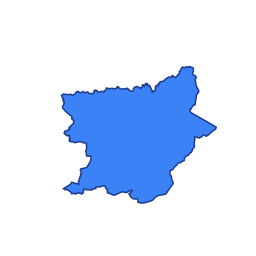 the district of Kasungu, Kasungu, Malawi, rotated 214°
{"feature_id": "42251766B4237185447418", "entity_name": "Kasungu", "entity_type": "district", "adm_level": 2, "iso_a3": "MWI", "parent_name": "Malawi", "parent_adm1": "Kasungu", "projection": "orthographic", "projection_center": [33.451, -12.996], "detail": "fine", "context": "isolated", "style": "filled", "palette": "blue", "viewbox_px": 256, "rotation_deg": 214, "n_neighbors": 0, "source": "geoboundaries", "source_scale": "gbopen_adm2", "svg_char_len": 5846}
<svg xmlns="http://www.w3.org/2000/svg" viewBox="0 0 256 256"><g transform="rotate(214 128 128)"><path d="M160.2,155.7L159.8,154.7L160.4,153.2L161.9,152.8L162.7,152.0L163.6,152.0L164.3,151.0L165.1,150.6L165.8,149.7L166.1,149.6L166.9,149.8L168.3,148.9L167.8,147.0L168.0,146.2L168.4,145.7L168.1,144.9L168.7,144.2L169.2,143.9L170.3,143.9L170.6,143.2L172.1,141.5L173.5,141.2L174.3,141.6L174.8,141.6L174.9,141.1L175.1,140.9L175.4,140.8L175.6,141.1L176.1,141.2L177.0,140.3L177.0,139.9L176.2,139.0L176.4,138.0L176.2,137.3L176.3,136.5L178.2,135.7L179.4,135.0L180.6,135.1L181.3,135.4L181.5,135.4L182.1,134.7L182.5,134.5L182.7,134.0L183.5,133.3L185.6,133.1L186.4,131.2L186.8,131.1L188.0,130.4L188.7,130.3L189.5,130.7L190.0,129.9L190.8,129.5L191.3,126.0L192.1,124.3L193.2,123.8L193.6,123.8L194.0,124.0L194.4,123.7L195.0,123.6L195.4,123.2L195.8,122.3L196.6,121.8L198.4,121.3L199.1,120.7L200.6,120.1L201.3,117.7L199.8,116.7L198.3,116.3L198.0,115.2L197.4,114.7L196.5,114.6L196.0,113.5L195.4,113.3L195.0,113.5L194.9,113.4L194.4,111.2L194.3,109.2L193.9,108.6L193.5,108.1L189.1,106.9L184.4,106.4L182.7,106.1L182.2,106.3L180.7,106.0L180.4,105.7L180.1,104.5L179.7,104.1L178.9,103.9L177.8,104.2L177.1,104.0L177.1,103.4L176.6,102.6L176.2,102.5L175.6,101.5L175.9,101.3L175.9,100.3L176.4,99.1L176.3,97.6L176.6,97.4L176.6,96.8L177.2,96.5L177.2,96.2L176.7,95.6L176.9,95.1L176.5,94.6L176.1,94.4L175.9,94.5L175.6,94.0L175.8,93.8L176.4,93.5L176.7,92.8L176.7,92.4L177.2,91.6L177.9,90.4L178.6,90.1L177.9,89.0L178.2,88.2L177.6,87.8L175.9,87.9L175.7,87.5L174.5,87.5L173.3,87.9L172.9,88.9L172.2,88.9L171.2,87.6L170.9,86.8L170.1,86.7L169.7,86.4L170.1,85.4L169.7,85.1L169.2,85.1L169.4,84.4L169.3,84.2L169.0,84.2L167.4,85.0L166.7,85.0L166.0,85.8L164.5,85.9L163.9,86.2L163.2,86.7L161.1,89.2L159.1,90.2L158.5,90.7L157.2,90.9L156.6,90.7L156.1,91.0L154.9,92.0L154.2,91.9L153.9,91.8L150.9,88.1L150.2,85.5L146.7,81.7L144.9,82.6L143.1,83.8L142.3,83.6L140.6,79.4L140.1,72.4L140.8,71.3L141.9,70.3L142.7,69.2L144.2,68.0L144.2,66.9L143.8,66.3L143.1,66.1L142.0,65.1L141.6,64.5L141.6,63.3L140.7,62.9L140.6,61.1L140.4,60.5L140.2,59.4L139.7,58.4L139.7,57.9L139.2,56.5L139.2,55.7L137.8,54.4L137.5,53.7L138.0,53.8L139.3,53.1L144.4,51.6L144.3,48.9L147.6,41.6L145.6,41.7L145.1,41.9L144.3,43.0L139.6,42.8L138.1,42.3L137.9,42.0L136.1,43.6L134.7,43.8L134.2,44.8L133.6,45.3L133.6,45.9L133.3,46.5L133.0,46.4L132.6,46.6L131.8,46.6L130.7,47.5L130.1,47.2L129.6,47.3L129.3,48.0L129.0,48.3L128.8,49.2L129.7,50.9L129.7,51.5L130.5,52.3L130.2,52.9L128.7,53.7L127.8,53.5L127.1,54.2L126.6,54.3L124.9,55.6L123.7,55.9L123.4,56.3L123.4,57.1L122.8,57.6L122.1,58.8L120.8,59.7L121.5,60.5L121.6,61.1L121.4,61.5L120.6,62.1L119.9,62.2L119.0,63.0L118.0,63.9L116.7,65.7L115.1,66.8L114.9,67.1L114.2,67.1L113.7,66.4L112.8,65.5L110.6,65.4L110.3,64.9L110.1,64.0L109.4,63.6L109.0,62.9L108.6,62.8L108.2,62.8L107.5,63.3L107.0,63.4L103.3,63.9L101.9,64.6L101.0,65.6L98.0,70.8L96.1,72.5L93.9,73.1L93.1,73.7L92.5,74.6L91.2,77.5L90.0,78.5L89.6,78.2L89.4,77.5L90.3,73.8L89.3,73.5L88.1,72.8L85.9,72.2L84.2,72.3L83.4,72.5L82.3,73.2L81.1,74.2L80.6,74.5L79.7,74.1L78.4,72.1L78.0,72.0L74.5,73.5L72.1,75.5L70.8,77.3L69.2,79.0L67.4,81.7L67.2,82.3L66.6,85.7L66.0,87.6L63.9,90.3L62.4,91.6L60.2,93.8L59.7,95.1L59.7,103.5L59.4,105.9L59.5,107.0L59.8,107.6L60.7,108.4L63.8,110.5L64.7,112.0L65.4,112.4L66.9,112.8L67.6,113.3L67.9,113.6L69.0,116.2L68.9,117.1L67.8,118.1L67.7,118.4L67.6,121.4L66.8,124.6L67.0,126.0L66.9,127.0L66.3,127.7L65.0,128.5L64.5,130.7L64.0,131.4L63.5,131.7L63.2,132.1L63.4,133.1L64.4,134.7L64.5,135.4L64.0,137.1L62.8,139.1L62.8,141.7L61.9,143.3L62.0,144.5L62.4,145.6L62.6,146.7L62.6,147.9L62.3,149.0L62.4,149.8L64.7,152.5L66.3,156.1L66.9,156.8L67.5,157.2L67.7,157.7L67.5,158.2L67.2,158.5L64.3,159.1L63.1,159.9L62.0,162.2L61.7,164.1L61.4,164.6L61.0,164.7L59.1,164.7L58.8,164.9L58.2,165.5L57.6,167.0L56.2,172.5L54.7,176.1L55.4,178.1L84.2,176.0L85.9,176.5L86.5,177.3L86.8,177.4L87.0,178.0L86.9,178.4L86.2,179.3L86.7,181.6L86.6,182.5L86.6,183.5L86.3,184.0L85.7,184.1L85.5,184.7L86.1,186.3L86.6,187.0L87.6,189.6L88.3,190.7L88.5,191.6L89.2,192.5L89.6,193.2L89.8,195.1L89.5,197.6L91.1,199.1L93.0,199.9L95.1,201.3L97.9,204.0L98.7,205.1L99.5,205.5L99.8,206.3L99.5,207.8L100.0,208.4L101.6,208.9L104.1,208.7L104.9,209.2L105.2,209.8L105.4,211.2L105.8,212.1L106.4,213.0L108.0,214.4L108.7,214.0L110.1,213.6L110.9,213.6L110.8,212.9L112.0,212.7L112.3,211.7L113.7,211.5L114.0,211.3L114.5,210.0L115.1,209.4L116.2,209.3L117.0,208.9L117.1,207.3L116.9,204.8L116.7,204.0L116.9,203.0L116.0,202.2L115.9,201.9L116.1,200.9L116.6,199.6L116.2,198.9L116.2,198.4L116.6,198.0L116.9,196.8L117.7,196.1L118.7,196.2L119.2,195.9L120.3,196.6L120.5,196.4L120.7,196.0L120.6,194.9L120.9,193.7L121.6,193.7L122.7,193.0L123.4,191.9L123.4,191.0L124.2,189.8L124.1,188.4L124.9,187.7L124.9,186.0L125.7,185.8L126.0,185.6L127.0,184.4L127.0,183.9L127.3,183.6L127.4,183.1L126.7,182.4L126.7,182.2L126.8,181.9L127.6,181.5L127.7,181.2L126.8,179.9L128.3,179.0L128.5,178.5L128.3,178.1L127.8,177.9L128.1,177.0L127.9,176.4L126.6,175.3L126.5,175.0L126.5,174.2L126.8,173.7L127.6,172.9L127.5,171.3L127.9,171.2L128.4,171.3L128.5,171.8L129.2,172.7L129.6,172.6L130.6,173.1L131.3,174.0L132.1,174.0L132.9,174.8L133.6,175.1L134.6,175.2L135.1,174.2L135.5,173.8L136.1,174.3L136.3,175.4L136.8,175.7L137.4,175.0L138.1,174.9L138.3,174.7L137.9,171.5L139.3,172.3L139.8,172.3L140.0,172.0L140.1,171.6L139.7,171.0L139.2,169.6L139.3,168.5L139.5,167.8L139.9,167.7L140.5,168.2L140.6,167.9L143.8,167.5L144.0,167.1L144.3,166.1L145.3,165.8L145.5,163.6L144.7,162.3L144.5,161.5L144.7,161.1L145.2,161.0L145.9,160.5L147.2,160.0L147.7,160.0L148.1,160.3L149.1,160.1L149.6,160.5L150.3,160.3L151.1,160.5L151.2,160.3L151.4,159.3L152.8,158.7L153.5,158.2L154.2,157.1L155.1,156.6L156.0,156.6L156.6,156.3L157.8,156.1L158.3,156.6L158.9,156.7L159.9,156.4L160.2,155.7Z" fill="#3b82f6" stroke="#1e3a8a" stroke-width="1.5"/></g></svg>